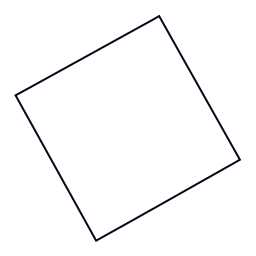 Stevens, Kansas, United States of America, rotated 331°
{"feature_id": "52423323B61357262089532", "entity_name": "Stevens", "entity_type": "district", "adm_level": 2, "iso_a3": "USA", "parent_name": "United States of America", "parent_adm1": "Kansas", "projection": "albers", "projection_center": [-101.316, 37.192], "detail": "fine", "context": "isolated", "style": "outline", "palette": "ink", "viewbox_px": 256, "rotation_deg": 331, "n_neighbors": 0, "source": "geoboundaries", "source_scale": "gbopen_adm2", "svg_char_len": 370}
<svg xmlns="http://www.w3.org/2000/svg" viewBox="0 0 256 256"><g transform="rotate(331 128 128)"><path d="M202.3,45.3L55.8,45.0L45.5,44.9L45.5,211.1L57.7,211.0L69.1,211.0L92.9,210.9L93.2,210.9L105.3,210.8L111.5,210.8L112.2,210.8L161.1,210.4L161.6,210.4L210.4,210.0L210.5,210.0L209.8,100.5L209.5,45.2L202.3,45.3Z" fill="none" stroke="#020617" stroke-width="2"/></g></svg>